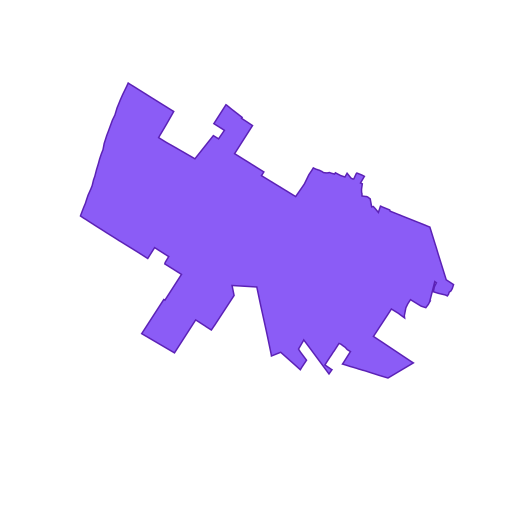 the district of Sinanché, Yucatán, Mexico, rotated 296°
{"feature_id": "50627088B40588220742551", "entity_name": "Sinanché", "entity_type": "district", "adm_level": 2, "iso_a3": "MEX", "parent_name": "Mexico", "parent_adm1": "Yucatán", "projection": "orthographic", "projection_center": [-89.197, 21.269], "detail": "fine", "context": "isolated", "style": "filled", "palette": "violet", "viewbox_px": 512, "rotation_deg": 296, "n_neighbors": 0, "source": "geoboundaries", "source_scale": "gbopen_adm2", "svg_char_len": 3169}
<svg xmlns="http://www.w3.org/2000/svg" viewBox="0 0 512 512"><g transform="rotate(296 256 256)"><path d="M375.1,318.5L375.2,315.6L374.8,310.3L374.3,310.1L373.9,310.0L368.2,310.1L367.7,309.5L367.6,307.4L370.3,301.6L366.0,301.3L365.4,296.7L365.6,290.9L364.1,290.7L363.5,287.8L363.4,287.1L363.2,285.3L362.3,284.3L361.4,282.6L361.0,281.3L360.6,280.3L360.7,278.9L360.9,278.1L360.8,276.5L360.9,275.7L360.6,273.9L360.5,272.9L360.3,271.7L360.3,268.9L357.4,268.6L352.3,267.9L341.9,267.9L326.8,265.6L330.6,225.7L335.0,226.2L338.6,191.9L371.7,195.7L373.4,182.7L374.5,182.8L376.4,173.8L377.2,169.9L378.7,163.6L378.8,162.7L356.5,160.1L355.1,172.5L344.9,171.0L345.5,164.9L337.9,163.2L316.6,158.5L318.0,138.3L318.8,125.4L319.3,120.6L319.7,116.6L322.1,116.7L327.9,117.2L335.6,117.8L349.8,118.7L351.0,107.2L352.6,91.7L352.8,89.9L354.2,76.7L354.5,74.2L355.2,66.9L355.4,65.3L351.8,65.4L342.8,65.4L337.1,65.6L334.5,65.8L328.2,66.2L323.3,67.0L320.9,67.4L318.9,67.4L315.2,67.4L303.6,68.6L299.0,69.0L290.7,70.2L284.4,71.9L280.3,72.2L274.8,72.9L270.2,73.8L263.8,74.8L257.0,76.2L253.3,76.6L247.5,77.9L243.6,78.2L237.1,78.4L232.4,79.0L228.4,79.6L224.4,79.8L222.1,80.0L215.5,80.6L215.0,80.7L214.4,85.0L214.3,86.8L213.8,90.5L212.7,99.9L212.1,105.6L211.3,112.3L210.7,118.2L210.1,123.7L209.8,126.0L209.6,128.6L209.2,132.5L208.7,137.5L207.9,145.5L207.8,146.6L206.3,159.8L210.9,160.3L219.1,161.2L217.2,177.8L210.5,177.2L208.9,177.5L206.8,197.1L176.4,193.5L176.5,192.2L136.1,187.3L133.2,225.2L172.1,229.8L170.8,241.0L170.6,242.1L169.9,248.3L171.8,248.6L174.8,249.0L175.0,249.1L210.9,253.6L219.0,247.4L228.5,270.3L213.6,281.9L199.1,293.4L191.9,299.1L186.9,303.0L181.6,307.1L175.4,311.9L173.5,313.3L172.9,313.7L180.3,320.4L174.8,340.1L173.2,345.7L175.7,345.9L184.5,347.1L189.2,337.9L191.0,335.0L200.3,335.7L201.5,335.7L197.2,344.1L182.0,373.3L187.1,374.1L187.1,373.7L187.4,371.7L187.7,369.7L188.3,365.7L192.8,366.2L196.9,366.7L198.9,367.0L200.2,367.2L203.9,367.6L204.5,367.8L213.8,368.9L214.0,370.9L213.5,373.3L213.1,375.7L213.1,376.1L212.0,378.7L211.8,379.6L211.5,382.8L209.0,382.5L198.8,381.4L196.8,381.1L196.9,381.6L197.2,383.5L197.5,385.5L197.8,387.5L197.8,387.8L198.1,389.7L198.5,391.7L198.9,394.1L199.2,395.9L199.4,397.8L199.7,399.3L200.1,401.9L200.6,404.2L201.6,411.5L202.0,414.1L202.7,419.1L204.2,428.1L219.3,438.0L226.9,443.0L228.9,444.3L229.4,440.0L233.2,411.8L233.8,407.6L234.4,402.8L235.2,396.8L240.5,397.5L246.3,398.2L250.0,398.7L256.3,399.5L260.2,400.0L264.2,400.5L267.7,400.9L266.9,409.1L266.2,412.6L265.5,416.7L267.3,415.5L275.2,413.4L279.7,413.4L284.5,414.0L283.3,426.4L284.0,431.3L288.0,432.1L291.1,432.2L291.7,432.3L291.6,432.0L303.3,429.6L311.4,427.9L311.0,429.9L306.6,429.8L301.6,431.1L302.4,436.3L304.0,443.3L304.0,445.5L306.0,445.8L308.2,445.5L310.0,446.5L312.7,446.7L316.9,446.1L318.0,437.4L337.5,419.0L342.6,414.3L345.2,411.8L358.2,399.6L356.9,381.4L356.0,369.5L355.1,356.9L356.0,356.0L355.4,347.1L355.5,346.9L355.4,346.0L348.8,346.9L350.9,342.3L351.9,339.7L350.9,338.4L357.4,333.6L358.0,330.5L357.9,329.3L357.5,328.3L356.4,325.0L358.1,324.1L358.5,323.9L359.5,323.0L362.2,321.6L367.5,319.9L367.4,317.9L375.1,318.5Z" fill="#8b5cf6" stroke="#5b21b6" stroke-width="1.5"/></g></svg>